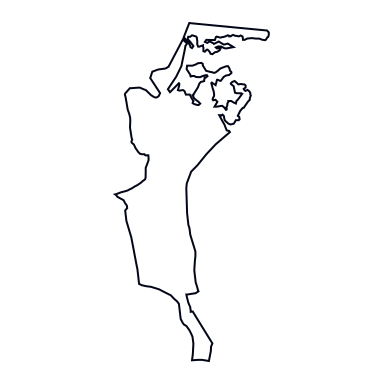 the district of MIt Salsil, Ad Daqahliyah, Egypt
{"feature_id": "37247803B51096510617520", "entity_name": "MIt Salsil", "entity_type": "district", "adm_level": 2, "iso_a3": "EGY", "parent_name": "Egypt", "parent_adm1": "Ad Daqahliyah", "projection": "robinson", "projection_center": [31.823, 31.238], "detail": "fine", "context": "isolated", "style": "outline", "palette": "ink", "viewbox_px": 384, "rotation_deg": 0, "n_neighbors": 0, "source": "geoboundaries", "source_scale": "gbopen_adm2", "svg_char_len": 5063}
<svg xmlns="http://www.w3.org/2000/svg" viewBox="0 0 384 384"><path d="M115.2,194.4L116.1,195.0L117.5,196.9L122.5,199.6L123.6,200.2L125.0,203.0L126.8,205.5L127.1,207.5L127.2,208.1L125.2,210.4L125.3,211.6L126.4,220.9L131.3,237.4L133.5,248.9L136.6,265.3L137.4,269.1L139.1,283.9L141.8,285.2L146.1,286.2L150.9,286.8L159.0,289.3L164.0,291.9L170.8,295.3L174.1,298.8L177.0,301.3L178.9,303.8L180.7,319.0L183.0,323.4L184.4,324.9L185.6,325.5L186.3,325.9L189.2,329.9L191.0,333.3L192.5,336.8L193.4,343.6L192.8,354.4L192.0,360.3L197.4,359.9L202.3,359.9L205.9,360.5L208.9,361.0L210.9,350.7L211.0,346.8L212.4,343.4L203.6,329.2L192.7,311.5L190.7,311.8L190.7,310.8L190.7,309.8L190.3,308.8L190.3,307.3L188.4,302.9L187.5,299.5L186.5,295.5L186.4,294.5L187.0,294.6L189.9,294.1L195.6,293.2L198.5,291.3L198.0,290.3L197.1,286.8L195.7,282.4L195.2,278.0L194.8,275.0L194.3,270.1L194.9,260.8L195.4,256.4L195.4,251.5L190.3,234.8L189.4,227.9L188.4,225.0L187.1,213.2L186.3,188.2L186.8,183.3L191.2,171.6L197.4,165.3L206.5,154.1L215.6,144.4L229.9,132.1L229.1,130.9L226.7,130.4L224.4,124.5L222.9,122.0L219.2,115.1L220.1,115.1L221.1,115.6L222.5,114.6L223.9,116.1L224.4,119.1L224.9,120.5L228.2,123.5L230.5,124.5L233.9,123.6L235.8,120.2L238.7,120.2L239.6,119.3L239.2,116.8L238.2,116.3L237.8,115.8L240.2,110.9L242.6,108.0L244.0,107.6L244.5,106.6L248.3,101.2L249.8,99.8L249.8,98.3L250.8,95.4L250.3,94.4L250.3,92.9L249.4,91.4L247.5,89.9L245.5,90.9L244.6,90.4L243.7,88.9L245.6,87.5L245.6,85.5L244.6,84.5L240.4,84.0L238.4,84.4L234.7,81.0L232.3,81.9L230.8,83.4L231.3,84.4L233.2,85.8L233.7,86.3L234.6,90.8L235.0,92.7L236.5,93.2L241.2,93.3L242.2,93.8L237.9,99.6L236.4,101.1L235.9,103.5L233.6,102.5L231.2,101.0L228.3,101.0L228.3,102.0L227.4,103.4L227.3,105.4L226.9,106.3L226.4,107.3L226.8,108.8L226.4,109.8L225.9,109.8L224.5,107.8L223.5,106.8L222.1,105.8L216.4,106.7L214.5,106.7L217.4,101.8L215.5,99.8L213.1,100.3L212.6,99.3L213.1,97.8L214.1,95.9L214.1,93.9L213.6,91.0L212.7,88.5L211.3,83.1L211.8,82.6L215.6,85.1L216.5,81.7L217.0,79.8L218.0,79.8L219.9,80.8L220.8,80.8L223.7,76.9L226.1,75.5L229.0,75.0L231.4,73.1L231.4,72.1L230.0,70.6L229.5,68.6L228.1,66.2L226.7,66.2L225.2,66.6L220.4,68.5L217.6,70.9L215.6,72.4L214.2,72.9L212.3,72.3L209.9,71.8L206.1,70.8L202.8,65.4L202.8,63.9L201.4,62.9L197.6,63.3L196.2,64.3L192.3,65.7L187.1,65.7L186.6,69.1L190.4,75.0L190.4,76.0L190.8,76.5L192.3,76.0L194.2,76.0L196.1,77.0L198.0,77.1L200.4,77.1L202.3,76.1L205.6,75.2L207.0,75.2L207.5,76.2L205.6,77.7L204.6,77.6L204.1,81.1L200.8,82.0L200.3,82.5L199.4,83.5L197.9,87.4L193.6,94.2L193.6,94.7L192.6,95.1L194.0,98.1L195.0,99.1L196.9,100.6L198.3,101.6L200.2,103.6L198.7,105.0L197.3,105.0L194.0,104.0L192.6,103.0L193.1,101.5L193.5,101.0L193.1,100.5L192.1,99.1L189.8,94.6L188.8,94.6L185.9,94.6L184.5,91.1L183.1,90.1L182.6,90.1L179.3,90.6L177.9,90.1L179.3,85.2L179.3,83.7L178.9,83.2L170.0,92.2L167.9,89.2L176.2,76.7L181.4,66.1L183.3,56.8L185.3,47.0L185.3,46.0L186.8,44.1L186.3,42.6L184.4,41.1L183.0,39.2L168.5,66.8L167.7,67.1L166.3,68.2L163.8,68.8L163.4,68.8L161.1,69.1L158.8,69.4L157.6,69.7L156.3,70.2L154.4,70.9L152.8,71.5L152.3,71.7L152.1,72.5L151.9,72.9L151.4,74.4L151.0,75.8L150.2,78.0L160.1,93.1L159.6,94.2L158.8,95.9L157.9,96.7L156.5,97.5L156.1,97.5L154.5,97.3L154.1,97.1L151.9,95.7L151.1,95.2L148.1,92.3L146.0,90.2L143.5,89.2L139.7,87.6L139.3,87.6L136.5,87.8L134.7,87.9L133.6,88.0L130.6,88.2L129.9,88.2L128.6,89.6L126.8,91.7L125.3,93.4L125.0,94.1L124.9,94.6L125.7,97.7L126.0,99.9L126.1,100.5L126.3,101.1L126.8,104.3L127.7,109.6L129.2,113.8L130.1,117.5L130.2,118.8L130.3,120.5L130.0,127.5L130.1,128.3L131.6,137.8L131.8,138.5L132.2,139.5L131.5,141.3L131.6,142.6L133.9,144.5L135.4,147.9L136.6,149.6L138.3,152.1L139.8,153.5L140.2,153.9L142.5,154.3L144.4,154.2L144.8,154.7L145.1,155.2L146.0,155.5L147.4,155.2L148.3,155.3L148.6,157.9L148.5,160.5L146.8,165.0L145.7,167.9L145.7,168.8L145.7,172.2L145.6,177.8L145.0,179.4L144.5,179.8L142.9,180.9L140.7,182.9L137.4,185.1L135.1,186.3L134.7,186.5L131.9,188.3L128.8,189.8L127.8,190.4L125.7,191.1L120.7,192.4L116.4,194.1L115.2,194.4ZM190.8,23.2L189.3,23.0L183.8,37.1L187.7,42.1L188.7,43.1L190.1,45.6L190.5,47.1L192.0,48.1L193.4,46.1L190.1,41.7L188.2,39.7L187.7,38.7L188.2,36.8L190.1,36.8L192.1,35.3L195.9,36.4L196.8,37.4L197.3,41.3L197.2,44.2L198.2,46.7L199.1,46.7L202.0,45.7L203.0,45.3L202.9,46.2L203.4,47.7L203.4,51.2L204.8,51.7L206.7,49.7L207.7,49.7L208.6,50.7L209.6,51.7L210.5,53.7L212.4,54.2L214.8,52.3L217.2,51.8L219.6,50.4L220.6,48.4L216.8,48.4L215.8,47.4L218.2,46.4L221.1,46.5L223.9,48.0L225.8,48.5L233.5,47.1L227.8,43.6L223.9,44.6L221.1,43.0L218.7,41.5L215.8,43.0L213.9,43.9L213.5,43.4L209.7,41.4L207.3,42.9L204.9,41.9L206.3,39.9L208.2,39.9L211.6,40.0L214.9,40.0L215.9,37.1L216.8,36.6L220.2,37.6L224.5,36.7L227.8,35.3L229.2,35.8L229.2,36.3L230.7,36.3L232.1,35.3L233.1,34.9L235.4,35.9L236.9,35.9L238.8,36.4L240.7,35.5L242.6,36.5L243.0,39.9L244.5,39.9L246.4,39.0L247.3,38.5L252.1,38.1L255.9,38.6L259.3,38.6L262.1,39.7L265.0,40.2L265.9,39.7L267.4,37.3L268.3,36.8L268.8,34.8L268.8,32.4L267.0,30.5L236.4,27.6L191.7,23.3L190.8,23.2Z" fill="none" stroke="#020617" stroke-width="2"/></svg>